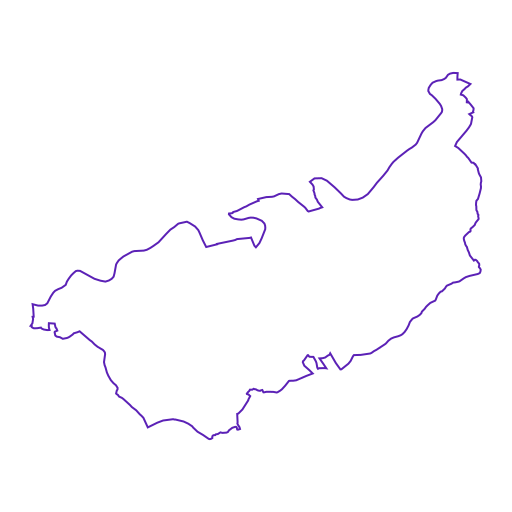 the district of Noslac, Alba, Romania
{"feature_id": "2599482B66664131902378", "entity_name": "Noslac", "entity_type": "district", "adm_level": 2, "iso_a3": "ROU", "parent_name": "Romania", "parent_adm1": "Alba", "projection": "robinson", "projection_center": [23.98, 46.411], "detail": "fine", "context": "isolated", "style": "outline", "palette": "violet", "viewbox_px": 512, "rotation_deg": 0, "n_neighbors": 0, "source": "geoboundaries", "source_scale": "gbopen_adm2", "svg_char_len": 6033}
<svg xmlns="http://www.w3.org/2000/svg" viewBox="0 0 512 512"><path d="M203.1,435.0L208.6,438.8L209.4,439.1L210.7,439.0L212.3,438.1L212.3,436.9L212.4,436.2L213.0,435.5L213.6,435.2L215.2,435.1L215.7,434.4L217.9,434.0L220.4,432.4L222.4,432.9L226.6,432.6L228.0,431.9L228.9,430.4L232.3,427.8L235.1,426.9L236.2,426.9L236.7,427.5L237.2,429.5L237.9,429.7L240.0,429.0L239.5,427.2L237.9,424.7L237.4,423.6L237.6,422.3L237.2,413.9L238.4,413.5L242.4,409.5L248.2,400.4L248.4,399.5L250.2,396.1L248.6,394.6L246.9,394.0L246.8,393.7L248.0,392.1L249.3,390.9L249.9,389.7L252.2,389.7L253.7,388.8L254.6,389.2L255.8,389.3L257.5,390.3L259.0,390.7L260.2,390.8L261.0,390.3L262.3,390.0L263.4,392.3L263.8,392.4L266.4,391.8L269.7,391.8L273.4,391.9L276.7,392.5L277.6,392.2L280.1,390.7L281.9,389.3L285.1,385.8L288.9,381.0L289.4,380.8L293.4,380.7L296.2,380.3L306.4,375.9L312.7,373.5L309.4,370.2L304.3,365.7L302.8,362.2L303.0,361.2L303.9,360.5L307.6,355.2L308.2,355.2L308.9,356.3L309.7,356.8L313.4,356.9L315.9,361.4L316.5,363.1L317.3,367.7L318.0,368.8L319.1,368.2L319.9,368.2L325.0,368.1L326.3,368.3L323.3,363.8L319.5,358.4L322.6,358.2L325.2,357.5L327.8,355.6L329.5,354.8L330.2,353.3L335.8,363.0L340.4,369.4L341.4,369.3L348.4,363.7L350.6,361.0L353.0,356.2L353.9,355.1L360.7,354.9L370.2,353.5L371.5,352.9L374.0,351.1L376.3,349.9L385.0,344.2L385.9,343.5L388.4,340.7L391.1,338.6L393.9,337.4L398.3,336.2L400.8,335.2L402.4,334.2L404.6,332.0L406.7,329.0L408.6,325.4L409.9,322.0L412.2,319.1L413.0,318.4L417.4,316.5L419.6,315.0L421.3,313.3L421.8,311.9L422.2,311.3L424.6,308.9L426.1,306.8L427.6,305.3L430.3,302.9L435.2,300.6L435.8,299.5L437.3,295.6L438.9,293.4L440.6,291.7L442.0,291.3L444.9,288.5L446.1,286.5L447.0,285.6L451.5,283.7L453.1,282.6L455.0,282.4L458.8,281.6L459.7,281.2L463.7,278.4L465.9,277.1L469.6,275.9L477.8,274.0L479.7,273.1L480.1,272.4L480.5,271.2L480.7,269.6L480.0,268.3L478.9,267.1L478.9,266.4L479.3,265.1L479.1,263.6L477.9,262.3L477.1,261.0L475.8,259.9L475.0,259.7L473.9,260.6L469.9,255.5L468.9,252.4L467.7,249.9L466.9,247.0L465.9,245.6L465.2,244.1L465.0,242.8L464.2,240.7L463.8,238.9L463.8,237.9L464.1,237.1L465.2,235.6L468.9,232.1L470.2,231.6L470.5,231.2L470.6,230.8L470.4,229.8L470.7,228.6L472.8,226.9L474.8,224.9L475.3,223.4L476.1,222.1L478.5,219.2L478.6,218.6L478.4,217.3L478.1,216.0L478.4,215.3L478.3,214.6L477.6,213.8L477.4,211.9L476.4,210.1L476.3,206.2L476.0,205.1L476.1,202.9L476.4,200.8L478.0,198.9L478.1,198.5L479.6,193.5L480.9,188.3L481.0,186.7L480.7,184.3L480.9,182.7L481.3,181.2L481.0,177.4L479.3,174.3L478.8,173.1L477.8,169.2L477.9,168.6L477.8,168.3L475.3,164.2L474.8,164.3L473.6,162.8L471.5,162.6L468.2,157.9L466.9,156.7L466.0,155.4L464.4,153.7L458.3,148.0L455.1,146.0L456.9,142.0L466.5,130.7L468.9,127.5L470.3,125.2L471.0,123.9L472.3,117.2L472.0,116.5L471.5,115.9L470.6,115.3L469.3,114.1L473.3,112.3L473.0,111.7L473.5,109.9L473.6,108.3L470.9,104.8L468.4,101.9L468.0,102.5L466.8,102.3L466.9,99.7L466.8,99.0L465.7,97.6L463.3,95.3L460.8,94.6L461.1,93.4L462.3,91.0L464.6,89.0L465.9,87.6L467.9,86.4L470.4,84.0L460.3,79.5L457.4,79.6L457.4,76.9L457.7,73.1L453.3,72.9L450.1,73.6L448.0,74.8L445.8,77.9L444.2,79.0L441.7,80.1L437.9,80.6L436.1,81.1L432.6,82.7L431.4,84.0L430.5,85.1L428.8,87.8L428.4,89.6L428.3,91.0L429.9,93.9L431.9,95.3L435.5,98.8L439.8,103.9L441.1,106.0L442.2,109.1L442.2,110.3L441.9,111.9L441.2,113.0L435.4,120.2L433.2,122.2L425.5,128.0L424.6,129.1L422.8,131.3L421.5,133.5L417.1,142.8L415.7,144.6L411.8,147.6L409.4,149.0L407.0,150.7L398.2,157.6L393.6,161.7L391.9,163.7L389.4,167.2L387.5,170.5L383.2,175.8L376.9,182.8L373.6,187.2L367.8,194.1L362.8,197.6L357.8,199.5L352.3,199.9L349.8,199.5L346.4,198.1L344.0,196.7L341.0,193.5L334.6,187.3L326.9,180.7L321.6,178.2L314.5,178.4L309.9,181.8L312.5,184.6L313.6,186.5L313.9,189.4L313.4,190.3L314.5,193.3L314.6,194.6L315.2,195.9L315.4,197.6L316.9,199.6L317.8,201.8L322.2,207.3L319.9,208.1L319.0,208.6L308.6,211.5L307.7,211.0L305.3,207.8L304.0,206.6L298.2,202.0L295.2,199.2L291.9,196.6L289.2,194.1L281.6,193.5L278.9,194.1L274.0,196.4L272.0,196.8L266.3,197.1L258.0,199.0L258.7,200.8L256.9,201.3L249.4,204.6L246.3,206.4L244.2,207.2L238.3,210.3L236.9,211.0L233.3,212.0L232.8,212.4L232.7,212.9L232.1,213.2L229.0,213.5L228.9,214.3L231.5,217.2L234.3,218.7L238.2,219.4L241.4,219.7L243.6,219.4L248.7,217.9L250.7,217.6L253.3,217.7L256.4,218.4L261.8,220.8L264.4,223.5L265.1,225.5L265.3,227.5L265.2,229.3L261.7,238.2L259.4,243.1L255.9,247.3L254.4,245.7L251.0,237.5L249.7,237.9L237.0,239.1L235.2,240.0L232.9,240.6L217.0,243.9L217.1,244.3L206.2,247.0L202.8,240.3L199.5,232.6L198.3,230.1L195.1,226.5L189.7,223.1L186.9,221.7L179.1,223.4L178.1,223.8L174.2,227.1L170.4,229.6L166.1,234.0L158.5,242.3L153.3,246.0L150.4,247.9L146.8,249.8L143.8,250.6L134.3,251.1L132.1,251.7L123.4,256.5L120.8,258.6L118.7,260.4L116.9,263.0L116.1,264.5L114.5,273.3L113.6,276.7L111.7,278.8L108.9,280.5L105.4,281.6L100.5,280.7L94.5,278.8L80.1,270.9L77.5,270.7L75.8,271.1L73.5,273.1L71.2,275.4L68.8,278.6L66.9,281.6L65.7,284.9L61.6,287.8L58.3,289.1L55.1,290.8L53.3,292.7L50.8,296.5L47.3,303.3L45.1,305.0L42.1,305.6L38.1,305.6L32.6,304.2L33.2,308.6L33.7,316.7L32.6,316.8L33.1,319.0L32.4,323.3L30.7,325.8L31.7,325.9L31.7,327.1L32.4,327.6L33.6,328.2L34.2,328.3L37.2,328.2L40.9,327.6L41.1,328.0L42.1,328.8L43.8,329.5L47.3,330.1L49.5,330.0L48.9,327.6L48.8,325.0L48.9,323.2L54.7,323.6L55.4,326.9L55.9,327.9L56.4,328.3L57.3,330.6L54.8,331.7L54.6,332.3L55.3,335.5L56.7,336.6L59.9,337.2L62.8,338.8L66.9,338.0L68.2,337.5L69.5,336.8L72.7,334.5L73.8,333.3L77.5,332.2L79.6,331.3L89.8,340.1L91.8,341.5L94.6,344.4L97.6,346.8L103.0,350.0L104.2,351.4L104.9,352.5L105.1,354.2L104.0,362.1L104.6,365.1L105.5,367.4L106.9,372.5L108.3,375.7L110.8,380.1L113.4,383.1L116.0,385.3L117.6,387.9L117.5,389.5L116.8,390.5L116.1,393.5L116.6,394.1L117.8,394.8L119.1,396.6L121.8,397.8L123.4,399.0L130.1,405.1L131.8,407.0L136.2,410.3L139.8,414.3L141.3,415.6L143.4,417.8L147.8,427.4L157.3,422.7L163.1,420.5L173.1,419.2L174.3,419.5L175.3,419.5L183.6,421.5L188.3,423.7L192.2,426.3L193.1,427.5L197.5,431.7L203.1,435.0Z" fill="none" stroke="#5b21b6" stroke-width="2"/></svg>